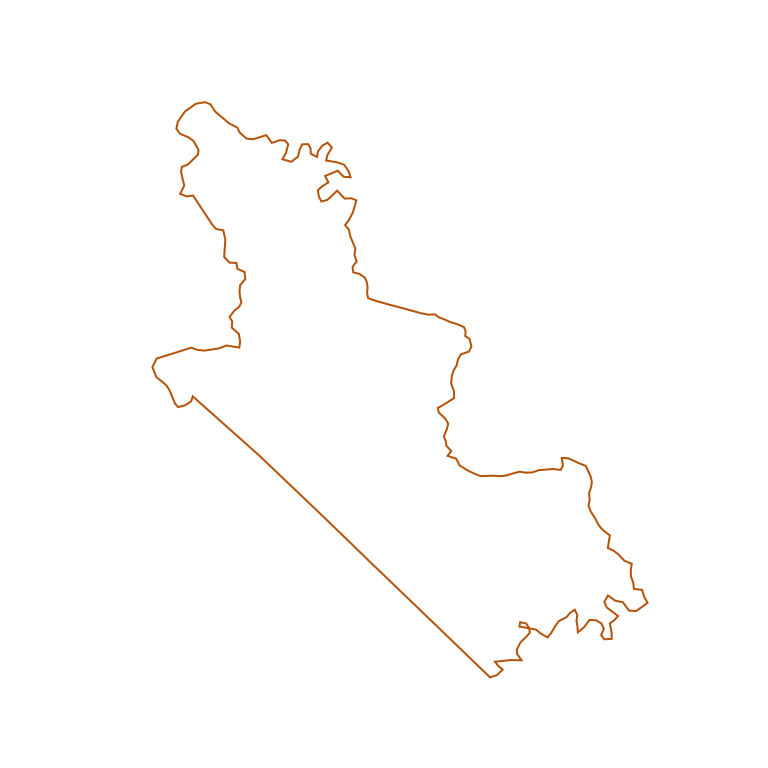 Jardim Alegre, Paraná, Brazil (Equal Earth projection), rotated 261°
{"feature_id": "56859067B44412461439059", "entity_name": "Jardim Alegre", "entity_type": "district", "adm_level": 2, "iso_a3": "BRA", "parent_name": "Brazil", "parent_adm1": "Paraná", "projection": "equal_earth", "projection_center": [-51.748, -24.211], "detail": "fine", "context": "isolated", "style": "outline", "palette": "amber", "viewbox_px": 768, "rotation_deg": 261, "n_neighbors": 0, "source": "geoboundaries", "source_scale": "gbopen_adm2", "svg_char_len": 3289}
<svg xmlns="http://www.w3.org/2000/svg" viewBox="0 0 768 768"><g transform="rotate(261 384 384)"><path d="M359.1,451.0L365.8,452.0L374.0,450.4L381.5,452.3L386.8,455.1L390.7,458.4L396.4,460.8L401.2,464.5L402.8,473.1L407.4,476.2L415.1,475.6L418.6,471.7L423.4,472.9L427.7,471.9L431.6,465.8L434.6,459.4L438.2,454.1L441.0,449.0L444.7,445.3L445.6,438.5L448.3,431.2L455.5,415.4L461.7,401.3L467.1,389.5L471.2,381.8L476.2,381.5L482.9,383.0L487.7,382.9L492.0,381.7L496.7,376.9L499.0,371.1L504.7,371.3L509.4,376.2L516.1,375.0L522.3,376.9L528.9,375.3L535.4,373.8L542.0,373.5L547.0,370.4L551.3,374.8L557.7,379.7L564.4,383.0L569.7,385.4L572.5,380.9L573.3,374.1L582.3,368.0L579.3,363.7L574.7,356.9L574.0,350.8L579.1,349.0L585.8,349.0L589.1,354.2L591.8,360.6L598.7,358.4L601.9,371.7L595.0,376.6L593.4,383.3L599.4,382.4L606.8,379.0L610.6,371.6L613.7,361.8L619.1,364.0L625.7,369.5L631.2,366.1L629.0,360.3L624.2,355.3L618.8,353.3L622.9,347.7L628.3,348.3L632.8,346.5L633.5,340.6L628.5,337.3L621.9,334.5L618.0,327.1L621.9,318.9L627.9,323.5L635.8,326.9L639.9,324.4L641.1,318.9L639.7,310.9L648.2,306.7L646.2,293.1L647.8,286.7L654.8,280.9L660.3,279.1L665.9,271.5L671.0,267.2L679.3,260.0L687.4,256.3L690.3,251.5L690.3,242.2L684.4,230.2L681.0,226.9L675.3,221.4L668.7,218.9L663.1,221.6L658.3,229.4L653.8,233.9L644.3,237.4L639.6,236.1L631.5,224.7L630.0,218.3L625.8,216.8L619.0,217.1L611.4,217.8L603.6,212.4L600.2,218.6L600.0,224.9L568.0,239.4L563.3,242.5L561.0,249.3L551.6,249.9L534.4,246.0L528.0,250.5L526.7,257.2L520.7,257.2L516.4,263.8L509.4,263.4L504.2,257.4L498.1,255.8L492.0,255.4L487.3,256.0L483.2,253.3L479.5,247.2L474.3,241.9L469.8,243.9L463.5,242.5L456.2,248.4L448.6,248.6L442.6,246.8L446.7,234.3L445.0,226.6L445.0,212.5L446.6,205.7L450.0,199.4L444.7,163.4L436.9,157.9L426.2,160.3L421.9,164.4L416.6,168.9L411.5,171.1L397.5,174.5L393.4,176.9L394.1,184.6L397.3,191.0L401.7,193.2L332.8,249.6L270.1,297.5L247.9,314.3L211.5,341.6L145.1,391.9L77.7,442.8L78.8,450.1L83.4,456.5L87.9,452.6L92.3,450.2L91.6,465.1L89.6,476.6L96.9,473.1L101.2,473.8L107.5,478.4L112.2,485.0L115.4,489.0L120.0,489.3L117.7,495.6L112.9,499.9L108.1,505.9L112.0,510.2L117.6,514.8L122.3,519.3L125.3,528.0L128.7,531.7L131.2,537.1L125.5,538.8L120.3,537.1L114.3,537.1L108.4,536.6L112.1,543.1L118.9,550.1L117.3,556.8L113.7,561.1L107.9,562.9L102.0,559.2L97.4,561.7L96.7,569.1L103.4,570.0L112.1,569.6L114.8,574.6L118.2,578.9L128.5,569.0L134.4,567.6L140.1,572.1L133.7,578.6L131.1,585.8L121.9,590.5L120.3,597.5L123.3,603.6L126.7,610.1L132.9,607.7L140.3,606.7L142.5,598.8L148.4,599.1L155.6,597.8L162.0,598.7L167.6,600.6L171.8,593.8L179.7,588.3L183.7,584.4L187.0,579.4L199.2,583.4L202.9,579.7L207.4,576.0L212.3,573.4L218.0,571.7L225.8,568.2L232.0,567.0L237.1,569.0L244.0,569.4L248.6,571.9L254.5,574.0L260.1,573.7L266.5,571.9L271.5,570.5L275.8,563.3L279.1,558.6L281.8,554.3L283.2,548.0L275.6,548.0L271.5,545.1L273.6,537.8L274.0,532.0L274.7,523.4L273.5,516.6L274.3,509.9L276.2,504.2L275.4,496.4L274.5,490.9L274.7,485.0L276.5,476.6L277.9,464.9L282.7,457.1L286.3,452.2L291.8,445.9L298.9,443.7L303.1,435.5L307.2,440.0L313.1,436.0L317.7,436.1L322.8,434.9L329.8,439.1L334.8,441.2L340.3,439.1L347.0,433.8L351.8,433.3L354.1,439.4L359.1,451.0ZM120.0,489.3L123.2,479.8L127.4,481.3L125.2,487.0L120.0,489.3Z" fill="none" stroke="#b45309" stroke-width="2"/></g></svg>